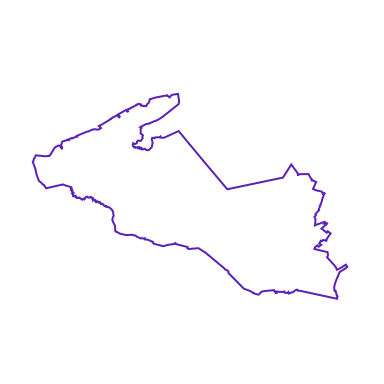 Alphen-Chaam, Noord-Brabant, Netherlands (Mercator projection), rotated 5°
{"feature_id": "6326949B83177775989799", "entity_name": "Alphen-Chaam", "entity_type": "district", "adm_level": 2, "iso_a3": "NLD", "parent_name": "Netherlands", "parent_adm1": "Noord-Brabant", "projection": "mercator", "projection_center": [4.85, 51.507], "detail": "fine", "context": "isolated", "style": "outline", "palette": "violet", "viewbox_px": 384, "rotation_deg": 5, "n_neighbors": 0, "source": "geoboundaries", "source_scale": "gbopen_adm2", "svg_char_len": 5892}
<svg xmlns="http://www.w3.org/2000/svg" viewBox="0 0 384 384"><g transform="rotate(5 192 192)"><path d="M345.7,285.7L345.5,284.7L345.9,284.4L346.1,283.8L345.8,283.4L345.7,283.0L345.8,282.9L345.2,282.3L344.3,279.9L343.7,278.0L342.7,278.1L342.5,277.9L341.9,273.9L342.8,269.3L343.5,266.8L346.2,258.7L350.0,255.9L353.2,253.1L353.0,252.6L351.5,251.0L347.2,254.4L343.2,256.8L342.1,254.9L340.9,253.3L332.2,245.2L332.8,244.0L333.0,243.2L332.3,240.1L318.9,238.1L319.4,236.0L319.4,236.3L321.4,234.2L322.9,235.5L325.3,233.4L323.2,232.1L323.9,230.9L324.4,229.6L324.6,229.7L324.8,229.3L326.0,229.7L326.7,228.3L329.9,229.0L330.4,228.0L330.2,227.6L329.9,227.6L333.7,221.2L330.6,219.3L329.8,220.8L324.2,217.2L329.4,211.7L329.1,211.4L327.3,211.7L327.8,211.2L326.8,210.1L320.1,213.2L318.9,213.6L317.4,214.5L317.5,209.5L317.3,208.5L316.2,206.0L317.5,204.4L316.9,203.2L320.1,199.1L319.7,198.8L320.8,194.8L320.7,194.5L320.9,194.5L321.9,190.8L322.7,186.6L324.0,182.0L324.2,181.9L323.9,181.5L322.5,182.4L321.2,180.3L314.4,179.3L313.8,178.8L312.3,178.5L314.8,171.2L311.8,170.2L310.7,169.3L310.4,169.8L306.5,164.0L296.3,165.0L296.4,165.7L296.0,165.8L295.8,164.7L295.5,163.9L288.5,155.9L281.4,169.7L226.9,186.2L200.5,159.9L186.8,146.0L185.3,144.6L173.4,132.4L159.4,140.4L155.9,140.6L155.6,139.6L155.2,140.0L155.2,140.3L153.6,140.4L150.6,140.9L149.9,141.1L149.8,141.7L147.7,141.5L147.3,142.4L147.3,142.9L148.5,146.5L148.0,150.8L146.2,152.9L146.0,153.5L144.3,154.2L142.9,154.2L141.4,153.0L141.2,153.2L138.9,153.9L138.9,153.5L137.8,153.5L137.9,153.3L137.6,153.0L137.6,152.6L137.2,152.8L137.3,152.4L136.3,152.2L136.1,152.3L136.1,152.0L135.9,151.9L135.6,152.0L135.3,152.7L135.5,153.1L135.3,153.2L134.9,153.1L134.8,152.8L134.5,152.8L134.3,152.1L133.9,152.3L133.8,152.7L133.3,152.3L132.0,152.8L131.6,152.2L130.6,152.6L130.2,152.1L129.8,152.0L129.4,151.7L129.3,151.4L129.7,151.3L129.3,150.6L129.5,150.0L129.0,149.7L129.2,149.4L129.2,149.1L129.2,148.5L130.9,149.1L131.6,148.9L132.7,148.1L133.0,147.7L132.8,146.8L133.5,145.6L134.1,145.4L136.0,145.7L137.3,144.5L138.2,142.6L137.7,141.7L138.2,139.8L135.6,138.0L135.7,137.5L135.3,132.3L136.1,132.4L136.1,132.2L136.0,131.4L135.6,131.4L140.4,128.3L143.6,127.5L143.5,127.3L152.1,122.9L156.1,119.7L171.0,105.6L171.3,102.8L169.5,95.5L163.8,96.9L162.5,98.1L161.4,99.7L158.7,97.9L158.6,98.3L158.3,98.4L157.6,98.3L156.1,98.6L146.4,101.4L141.7,103.4L141.7,105.0L141.3,106.4L140.8,107.3L139.6,108.5L138.9,110.4L138.7,110.3L136.2,110.6L136.2,110.4L133.5,110.3L133.5,109.2L131.0,108.8L129.3,109.8L129.5,110.0L122.9,114.1L123.2,115.1L122.5,114.3L120.6,115.6L120.5,116.1L121.3,117.3L121.2,117.4L120.4,117.5L119.4,115.9L111.7,121.1L113.9,123.9L113.6,123.7L113.1,124.0L112.1,123.4L110.7,122.0L105.6,125.4L104.5,126.3L104.7,126.5L96.2,132.7L94.4,133.9L94.1,133.9L93.4,134.4L95.8,136.2L94.1,137.6L92.6,138.1L89.6,137.9L89.5,138.1L87.3,138.5L83.5,140.7L82.3,141.0L72.3,146.1L72.7,146.8L72.2,146.8L67.9,149.1L67.5,149.1L67.4,148.8L63.6,150.7L64.0,151.0L63.6,151.0L58.4,153.0L57.5,156.8L57.9,157.7L58.6,158.4L58.7,158.7L58.4,159.2L58.7,160.0L58.4,160.1L58.2,159.7L57.3,159.0L56.9,157.5L56.7,157.3L55.1,157.4L52.1,159.0L51.2,160.1L48.0,166.6L47.4,167.5L46.5,168.2L46.6,168.5L42.8,169.2L33.1,169.1L32.6,171.1L31.6,172.8L31.1,175.7L30.8,175.8L31.6,177.7L32.8,179.9L33.0,180.9L33.8,182.0L34.8,185.7L35.1,186.2L35.6,188.1L38.6,194.4L40.5,195.5L42.7,197.4L44.2,198.1L44.2,198.3L46.4,201.0L62.8,195.7L63.0,195.8L63.0,196.0L64.0,196.2L67.6,197.0L68.7,197.1L68.8,196.9L68.8,197.1L71.4,197.8L71.1,198.7L71.7,198.9L72.0,199.5L71.4,199.7L71.3,200.5L71.5,200.7L72.3,200.5L72.7,201.0L72.3,201.5L72.3,201.9L73.0,202.1L73.3,202.6L73.1,203.0L73.5,203.1L73.1,203.5L73.2,203.8L72.9,204.0L73.2,204.2L73.5,203.9L73.9,204.1L73.8,204.3L73.7,204.5L73.9,204.8L73.5,205.1L73.7,205.4L73.9,205.2L74.1,205.7L73.9,205.9L73.9,206.4L74.6,206.2L75.0,206.5L75.7,206.4L76.3,206.0L76.6,206.3L76.5,206.7L76.6,207.0L77.0,206.8L77.1,207.1L77.3,207.2L77.6,207.8L77.9,207.7L78.1,207.9L79.1,207.9L79.6,207.4L80.2,207.4L80.4,207.8L81.0,207.8L82.2,208.7L83.1,208.8L83.3,209.1L83.8,208.5L84.6,208.6L84.8,208.2L85.3,208.7L85.5,208.4L85.6,208.0L85.9,208.0L86.2,207.5L86.5,206.4L86.9,206.2L87.0,206.0L87.8,206.0L88.2,205.8L88.6,206.1L88.7,206.5L89.5,206.6L90.2,206.6L90.6,206.2L90.9,206.3L91.1,205.9L91.4,206.1L91.8,205.9L92.1,206.2L92.4,206.1L92.7,206.4L92.9,206.4L93.0,206.7L93.4,207.0L93.6,206.9L93.6,207.3L93.8,207.2L93.9,207.7L94.0,207.4L94.8,207.9L95.0,208.5L96.1,208.5L96.0,208.8L96.3,208.8L96.6,209.4L96.6,210.0L97.1,210.3L97.2,210.2L97.6,210.4L98.0,209.7L98.5,209.9L98.5,209.6L99.5,209.9L99.7,210.2L99.9,210.0L100.2,210.2L100.9,210.2L100.8,210.6L100.9,210.8L102.0,211.2L102.1,211.5L102.5,211.3L102.7,211.6L102.8,212.0L103.5,212.0L103.7,211.6L103.9,211.6L104.1,212.0L104.8,212.2L105.7,213.4L106.2,213.3L106.4,213.6L107.5,213.4L107.6,214.0L108.0,213.9L108.3,214.2L108.7,214.3L109.1,214.2L109.5,214.5L110.2,214.3L112.0,215.2L114.1,217.0L115.2,219.1L116.0,222.7L115.3,224.0L115.2,226.3L115.0,226.7L116.3,229.3L117.7,231.4L118.1,232.3L118.3,232.4L118.7,235.8L119.0,237.1L119.3,237.5L119.2,237.8L119.5,238.1L119.9,238.1L120.0,238.3L120.8,238.4L123.9,239.8L129.6,240.6L131.5,240.5L136.1,239.8L137.5,240.2L139.2,240.2L141.8,241.7L143.8,242.2L144.2,242.5L145.2,242.7L145.7,242.4L148.2,242.6L148.9,242.2L149.0,243.3L152.0,243.4L157.4,245.1L157.2,245.7L158.6,246.9L168.2,248.5L172.5,246.8L180.1,245.0L179.8,244.4L180.0,244.3L180.6,245.3L192.4,247.2L192.2,248.4L193.5,249.1L203.3,247.4L210.8,251.3L230.5,265.0L232.5,266.8L234.1,266.9L235.3,268.2L235.2,269.4L252.1,283.8L258.0,285.4L261.9,287.0L261.8,287.4L264.2,288.0L267.1,288.5L268.1,287.6L270.1,285.1L275.6,283.8L281.3,282.9L282.1,282.5L284.1,285.4L285.2,285.0L284.7,283.7L288.7,283.9L292.8,283.2L292.9,284.2L295.5,284.4L296.8,283.2L297.5,284.7L300.4,283.2L301.8,282.8L303.1,281.1L305.1,280.1L305.6,280.2L305.9,281.0L309.0,281.1L345.7,285.7Z" fill="none" stroke="#5b21b6" stroke-width="2"/></g></svg>